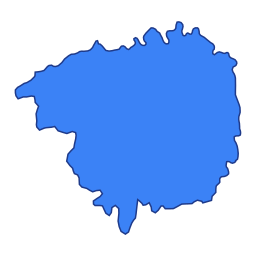 Byerazino, Minsk, Belarus (orthographic projection), rotated 90°
{"feature_id": "67162791B55727051267470", "entity_name": "Byerazino", "entity_type": "district", "adm_level": 2, "iso_a3": "BLR", "parent_name": "Belarus", "parent_adm1": "Minsk", "projection": "orthographic", "projection_center": [28.995, 53.791], "detail": "fine", "context": "isolated", "style": "filled", "palette": "blue", "viewbox_px": 256, "rotation_deg": 90, "n_neighbors": 0, "source": "geoboundaries", "source_scale": "gbopen_adm2", "svg_char_len": 3744}
<svg xmlns="http://www.w3.org/2000/svg" viewBox="0 0 256 256"><g transform="rotate(90 128 128)"><path d="M192.4,40.2L190.8,40.2L189.5,40.2L187.1,40.0L185.9,39.7L184.8,38.7L183.4,37.1L182.2,36.2L179.8,36.3L178.4,36.2L176.7,34.6L176.6,33.0L176.4,31.4L175.5,29.2L173.8,27.4L172.0,27.4L169.7,28.0L168.3,28.5L167.2,29.5L165.6,29.9L163.2,29.6L161.7,29.3L161.5,28.1L161.7,26.6L162.7,25.2L163.2,23.5L162.5,21.5L161.5,20.4L160.7,20.4L159.2,18.5L156.6,18.0L153.4,17.8L149.6,18.2L146.2,18.8L143.0,20.0L140.5,21.5L138.1,21.8L136.9,21.8L136.1,20.6L135.9,19.6L135.8,17.3L135.0,15.7L133.0,15.4L131.1,15.6L128.6,16.4L126.6,16.4L123.3,16.6L121.4,17.0L119.3,17.3L116.7,17.2L114.5,16.5L112.4,15.9L110.0,15.9L109.5,16.0L107.8,16.0L104.9,16.8L100.9,18.3L97.5,19.6L94.8,20.6L91.2,20.6L85.7,20.5L78.0,20.6L75.7,21.1L73.8,21.9L72.1,23.0L69.7,23.8L67.2,23.0L66.7,22.4L66.3,21.4L65.3,20.0L63.4,19.2L61.8,19.4L59.8,20.9L58.9,22.6L58.0,24.9L56.7,26.5L55.1,27.1L54.0,27.2L52.6,28.2L52.6,29.5L53.4,31.0L53.2,32.8L52.5,34.5L51.9,36.7L52.5,38.7L53.6,40.1L54.7,41.6L53.7,43.2L52.1,43.3L50.3,42.9L49.2,41.8L47.0,41.6L45.5,42.0L43.8,43.3L42.6,45.4L40.1,48.5L37.4,51.7L35.3,55.5L33.7,56.7L31.3,56.9L28.9,57.5L28.7,57.7L27.9,58.4L27.9,60.8L28.9,62.6L30.8,63.5L32.3,63.7L34.0,64.6L34.2,66.0L33.0,68.2L33.6,69.5L35.4,70.4L35.8,71.8L35.4,72.9L32.6,74.0L30.8,74.2L29.1,73.6L26.5,73.0L24.6,73.3L22.6,74.9L21.9,77.1L22.1,78.9L25.0,79.9L28.3,80.2L29.6,81.1L30.5,82.3L30.8,84.1L30.8,86.5L31.3,88.6L33.4,89.6L35.1,89.5L36.5,89.2L38.1,88.3L40.1,87.1L42.2,87.1L43.6,87.7L43.9,89.3L43.6,90.5L42.3,92.0L40.2,93.1L37.8,93.9L34.9,95.5L33.1,96.3L31.3,99.0L29.3,100.4L28.0,102.9L27.9,104.9L30.4,107.4L33.2,110.1L36.1,112.2L37.5,112.5L39.7,112.2L41.2,111.5L42.6,110.1L44.1,110.0L45.4,111.3L45.4,113.3L44.5,115.1L42.7,116.5L41.1,117.3L39.7,118.0L38.3,119.0L37.7,120.5L38.7,122.1L40.0,122.0L41.1,121.2L42.3,120.7L43.7,120.7L45.0,121.6L46.5,123.5L47.6,125.4L48.8,126.3L49.5,127.5L48.7,129.3L46.7,131.1L45.9,132.7L46.2,134.6L47.8,135.9L49.1,136.7L49.7,138.9L50.1,141.4L50.7,143.8L51.1,147.0L50.4,150.2L47.3,152.7L45.8,154.0L44.2,155.8L43.8,157.6L42.5,157.9L40.7,158.5L41.1,160.0L43.5,161.3L45.4,162.4L47.5,163.4L49.8,165.6L50.9,168.1L51.3,172.2L51.2,174.4L51.6,176.4L52.9,178.4L54.0,181.4L54.3,184.8L55.8,187.4L59.0,191.4L62.6,194.1L65.7,197.7L66.5,200.3L66.4,202.4L65.2,204.4L65.5,207.0L66.5,208.5L69.2,210.8L70.5,212.0L71.4,215.1L71.9,218.6L72.1,220.8L75.5,221.0L76.6,221.4L80.2,225.0L82.7,229.3L83.4,231.8L85.9,235.7L87.4,238.4L89.9,240.6L92.9,240.6L95.8,240.0L98.8,237.9L96.9,232.7L96.9,229.3L96.0,224.6L96.5,221.7L99.9,221.0L102.4,220.8L106.2,217.4L109.8,218.7L113.9,219.9L120.9,219.2L124.7,219.6L127.0,219.2L130.1,216.5L128.1,211.7L127.7,209.9L127.2,204.5L126.5,201.3L128.1,200.0L130.8,197.9L132.4,193.0L133.5,189.1L131.5,183.7L132.6,180.4L135.3,179.9L138.9,180.3L144.1,181.5L147.9,182.1L151.1,185.3L154.2,188.0L161.2,189.3L165.5,186.1L168.2,183.4L170.9,182.7L173.6,181.6L174.9,178.4L177.9,176.9L184.4,176.6L187.1,174.1L188.4,169.2L190.2,166.4L191.8,163.3L190.6,159.7L190.2,155.9L193.7,153.6L196.5,155.8L198.3,158.7L201.0,162.6L204.1,162.5L205.2,161.3L205.5,161.0L205.5,155.8L205.9,153.5L209.5,151.9L213.3,150.1L215.5,146.7L212.6,144.7L207.6,144.1L205.4,140.7L208.5,137.3L213.2,137.1L221.1,137.9L226.7,136.8L231.4,134.9L234.1,130.6L232.0,127.5L227.5,126.0L223.0,124.2L220.1,122.4L218.1,120.6L214.2,120.0L206.2,119.1L199.6,118.3L201.0,116.5L203.4,114.0L205.2,112.9L204.8,110.2L202.7,106.8L207.0,104.8L210.8,104.3L212.8,100.7L210.3,97.8L206.0,94.9L206.0,92.9L208.7,90.8L208.7,85.7L208.6,82.6L206.6,78.8L204.1,74.3L203.9,70.7L203.8,67.6L203.6,64.0L201.8,61.8L200.2,58.6L201.3,54.2L202.9,53.2L201.5,48.3L200.4,44.5L196.3,43.9L192.4,40.2Z" fill="#3b82f6" stroke="#1e3a8a" stroke-width="1.5"/></g></svg>